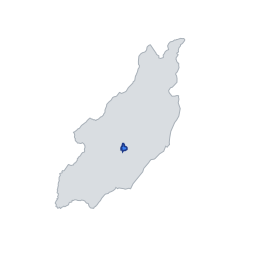 O'lziit, Bayanhongor, Mongolia (highlighted), rotated 302°
{"feature_id": "93677404B2040625721248", "entity_name": "O'lziit", "entity_type": "district", "adm_level": 2, "iso_a3": "MNG", "parent_name": "Mongolia", "parent_adm1": "Bayanhongor", "projection": "natural_earth1", "projection_center": [100.982, 45.969], "detail": "fine", "context": "in_parent", "style": "filled", "palette": "blue", "viewbox_px": 256, "rotation_deg": 302, "n_neighbors": 0, "source": "geoboundaries", "source_scale": "gbopen_adm2", "svg_char_len": 4474}
<svg xmlns="http://www.w3.org/2000/svg" viewBox="0 0 256 256"><g transform="rotate(302 128 128)"><path d="M23.3,108.4L24.0,108.3L25.3,107.6L25.4,106.5L25.9,106.0L28.7,105.7L30.0,106.0L30.2,105.3L30.5,105.2L31.2,105.8L31.8,105.6L32.3,105.3L32.7,104.5L33.7,104.6L35.4,103.8L35.5,102.2L36.1,101.9L37.6,101.6L37.9,100.9L38.2,100.7L39.3,100.5L41.2,99.7L42.1,99.6L42.8,98.9L44.6,98.0L47.1,97.6L47.3,97.1L49.7,95.7L52.2,95.7L52.9,94.4L53.3,94.3L55.0,95.8L55.7,95.6L56.0,95.0L57.1,95.0L57.5,96.0L58.0,96.5L65.4,96.8L65.6,97.2L66.0,99.6L67.3,100.7L67.6,101.2L69.7,101.1L70.8,102.0L72.6,101.9L73.5,102.2L75.2,101.3L75.6,101.3L76.2,101.8L77.0,101.4L78.6,102.2L79.8,102.1L80.4,102.4L81.2,102.2L82.9,102.4L84.4,103.7L85.3,103.6L86.5,102.7L86.9,102.2L88.6,101.9L89.5,101.3L90.2,100.8L91.2,98.9L91.4,97.0L90.5,96.7L89.8,96.1L89.4,95.1L89.3,94.4L88.5,93.3L88.6,92.8L89.1,91.8L89.3,90.3L89.9,89.5L91.1,89.0L91.2,88.4L92.0,87.3L93.8,86.6L94.9,85.3L95.5,84.0L96.4,84.7L98.7,85.6L100.7,86.0L102.0,87.0L105.5,87.2L111.4,89.5L112.6,89.4L116.0,90.3L116.3,90.6L116.3,92.3L116.6,92.8L116.7,94.6L117.4,95.5L117.2,96.6L117.5,96.9L118.4,97.1L119.8,98.2L122.9,99.0L123.8,99.8L125.9,100.3L127.0,100.0L128.8,100.2L129.4,100.0L130.6,99.2L131.3,98.9L135.3,98.2L136.4,97.6L137.2,97.5L140.3,98.1L142.6,98.9L145.8,98.9L147.3,99.8L147.9,100.7L149.2,101.5L153.6,101.9L153.8,102.1L153.8,104.0L154.0,104.3L157.0,106.4L158.3,107.0L162.4,106.9L168.7,108.3L170.1,107.9L171.5,108.6L172.0,108.5L176.0,106.8L176.6,106.9L180.8,106.2L183.4,105.3L185.4,105.4L187.0,104.6L187.6,103.1L190.2,101.4L194.7,99.2L197.6,99.5L199.4,100.3L201.2,101.9L202.2,102.3L204.1,102.4L206.7,101.3L208.2,101.6L209.5,102.1L210.4,102.9L206.8,111.0L206.7,111.5L205.5,113.2L205.5,116.0L203.8,116.9L204.1,118.5L204.6,119.1L206.5,120.6L207.1,120.4L207.6,119.8L208.6,119.2L210.5,119.4L212.1,119.1L214.1,119.6L216.0,120.9L218.6,118.1L221.0,117.8L223.4,118.2L225.2,120.0L227.4,120.9L228.0,122.0L228.9,122.4L229.1,122.9L231.9,125.1L232.5,126.6L233.3,127.6L233.3,128.6L233.2,129.1L232.2,129.7L228.6,129.4L226.4,128.4L225.6,129.0L222.9,128.7L221.4,129.2L220.3,129.6L219.8,130.2L219.3,130.4L218.8,130.4L218.0,129.8L217.2,129.8L217.0,130.0L216.7,131.7L214.3,131.7L213.5,131.5L211.6,132.3L211.4,133.0L210.4,133.9L209.5,135.7L209.8,136.5L209.5,136.9L207.8,137.9L206.2,139.3L202.8,139.9L201.2,140.0L200.0,139.6L198.8,139.9L198.0,141.5L195.9,143.4L192.7,145.3L186.8,144.1L186.0,143.9L184.7,142.7L181.3,142.6L180.4,143.4L179.6,144.6L178.3,148.5L179.7,150.7L181.3,152.1L182.0,153.2L182.0,154.0L181.0,154.4L179.5,155.9L176.0,157.2L172.1,162.0L165.0,164.8L160.7,165.0L157.2,164.7L147.8,166.1L141.7,168.6L137.3,170.8L136.3,171.8L135.8,172.0L135.0,171.6L132.5,171.4L132.5,169.6L127.2,170.6L122.9,168.5L116.7,167.2L115.5,166.7L113.4,164.3L112.2,164.0L109.5,163.9L102.1,162.8L98.6,163.7L83.4,161.8L77.9,162.4L77.7,162.2L77.4,160.7L74.8,158.3L74.5,157.7L74.4,156.8L72.3,152.0L71.0,151.3L71.2,149.2L69.2,149.4L67.0,148.6L64.7,147.2L63.6,146.2L62.0,145.9L60.1,144.0L59.2,143.6L54.3,142.9L51.9,143.1L49.3,142.6L46.4,142.5L45.4,142.1L44.6,142.2L42.9,141.3L41.7,141.5L40.4,138.7L40.8,137.0L41.4,136.0L42.8,134.5L42.8,133.9L42.3,132.5L43.2,130.0L43.0,128.5L42.3,126.8L41.3,126.3L40.0,124.0L39.6,122.2L39.0,120.9L37.6,120.1L37.1,119.0L36.7,119.0L36.3,119.3L35.5,119.5L34.6,118.8L34.1,118.0L33.6,117.8L32.6,117.8L31.7,118.2L30.8,118.0L29.9,117.3L27.8,116.2L27.8,115.4L27.5,114.8L26.8,114.7L26.1,114.1L24.0,113.4L24.0,113.0L24.6,112.1L23.2,111.4L22.7,110.7L23.6,109.7L23.2,109.0L23.3,108.4Z" fill="#d9dde1" stroke="#a8b0b8" stroke-width="1"/><path d="M105.1,136.0L105.7,136.0L106.0,136.0L106.5,136.2L106.9,136.4L107.0,136.5L107.2,136.8L107.2,137.0L107.2,137.3L107.4,137.5L108.5,137.9L108.8,138.3L109.3,138.4L109.4,138.2L109.5,138.2L110.2,137.9L110.5,137.8L111.0,136.9L111.0,136.4L110.9,135.7L110.7,135.5L110.6,135.4L110.7,135.2L110.8,135.0L110.7,135.0L110.6,134.6L110.8,134.4L111.0,134.2L111.3,133.9L111.8,133.8L111.9,133.5L112.2,133.2L112.2,132.7L112.3,132.5L112.0,132.3L112.2,132.0L112.0,131.7L111.6,131.9L111.7,132.0L111.3,132.0L111.2,132.1L110.8,132.1L110.5,132.3L110.2,132.4L110.1,132.5L109.8,132.8L109.7,132.7L109.4,132.6L109.2,132.4L108.9,132.4L108.9,132.5L108.7,132.7L108.7,132.8L108.0,132.6L107.6,132.7L107.3,132.6L107.1,132.7L107.1,132.8L107.2,133.0L107.3,133.1L107.2,133.2L107.2,133.4L107.1,133.7L106.9,133.6L106.7,133.5L105.8,133.6L106.0,134.2L106.1,135.0L105.8,135.2L105.8,135.4L105.4,135.7L105.1,136.0Z" fill="#3b82f6" stroke="#1e3a8a" stroke-width="1.5"/></g></svg>